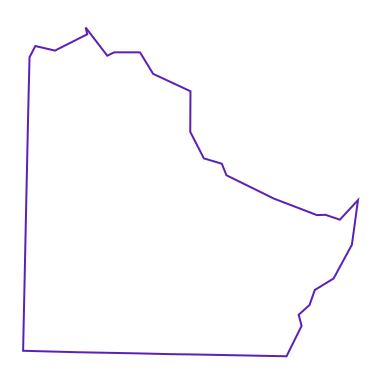 outline of Forsyth, Georgia, United States of America, rotated 271°
{"feature_id": "52423323B49486175403600", "entity_name": "Forsyth", "entity_type": "district", "adm_level": 2, "iso_a3": "USA", "parent_name": "United States of America", "parent_adm1": "Georgia", "projection": "robinson", "projection_center": [-84.104, 34.193], "detail": "fine", "context": "isolated", "style": "outline", "palette": "violet", "viewbox_px": 384, "rotation_deg": 271, "n_neighbors": 0, "source": "geoboundaries", "source_scale": "gbopen_adm2", "svg_char_len": 554}
<svg xmlns="http://www.w3.org/2000/svg" viewBox="0 0 384 384"><g transform="rotate(271 192 192)"><path d="M29.6,200.2L29.4,289.4L60.1,303.9L71.1,300.8L81.1,311.5L96.2,316.5L108.0,335.1L142.1,352.8L186.8,358.1L166.9,340.3L171.5,325.9L171.1,317.2L186.9,273.8L209.3,226.2L220.8,221.3L225.8,203.3L252.1,189.2L292.7,188.7L309.4,151.1L330.7,137.6L330.3,111.8L326.8,104.9L354.6,82.8L347.9,84.5L331.0,52.5L335.2,32.8L323.9,27.2L263.9,26.8L137.2,26.3L30.3,25.9L29.8,80.7L29.7,140.4L29.5,175.2L29.6,200.2Z" fill="none" stroke="#5b21b6" stroke-width="2"/></g></svg>